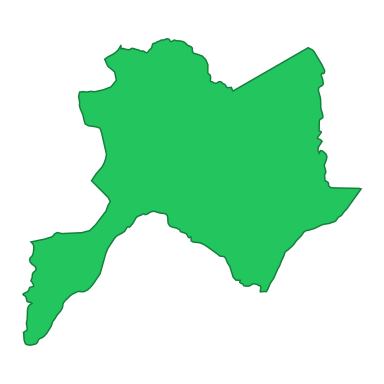 outline of Cuvette
{"feature_id": "COG-3342", "entity_name": "Cuvette", "entity_type": "Region", "adm_level": 1, "iso_a3": "COG", "parent_name": "Republic of the Congo", "parent_adm1": "", "projection": "natural_earth1", "projection_center": [15.8, -0.78], "detail": "fine", "context": "isolated", "style": "filled", "palette": "green", "viewbox_px": 384, "rotation_deg": 0, "n_neighbors": 0, "source": "natural_earth", "source_scale": "10m", "svg_char_len": 5644}
<svg xmlns="http://www.w3.org/2000/svg" viewBox="0 0 384 384"><path d="M361.0,189.1L346.7,209.0L343.9,212.0L341.7,215.0L340.9,215.8L338.1,217.4L337.8,218.0L335.7,220.9L334.6,221.6L329.0,223.5L323.7,224.3L321.6,225.0L314.5,228.4L309.4,230.0L306.0,230.7L305.4,231.0L304.2,231.9L303.6,232.2L303.3,232.9L300.8,236.3L296.6,240.5L293.3,245.0L288.4,249.6L285.9,251.3L285.2,252.1L284.8,253.0L283.6,256.4L281.2,261.5L279.5,266.1L277.8,268.9L273.8,278.0L270.3,283.3L267.9,289.0L266.4,291.6L263.0,291.6L260.5,291.9L260.2,290.8L260.7,288.9L260.8,287.2L260.3,285.9L260.2,285.7L259.8,285.9L256.7,284.4L254.5,283.8L252.4,284.1L250.4,285.5L248.7,286.1L245.9,286.1L243.6,285.7L243.4,284.8L243.0,284.1L241.2,283.4L239.7,282.3L240.3,280.3L235.8,280.1L233.2,277.2L229.8,266.4L227.5,262.9L225.9,258.8L225.4,258.0L224.6,257.0L223.9,256.6L219.8,256.0L219.0,255.5L218.4,254.7L206.6,246.2L203.4,244.3L199.9,242.8L193.1,242.0L191.2,240.9L191.1,238.1L190.8,236.9L189.6,237.7L188.8,237.6L187.9,236.4L186.4,233.8L185.6,233.4L180.7,231.7L180.2,231.0L179.8,230.2L179.1,229.4L176.8,228.2L171.9,227.0L169.9,226.0L168.3,223.7L167.9,220.9L167.8,218.0L167.3,215.5L165.8,214.0L164.0,213.5L159.9,213.0L154.1,211.3L152.1,211.5L150.4,212.1L147.3,214.0L145.6,214.6L145.0,214.6L143.9,213.9L143.5,213.8L142.7,214.1L141.3,215.0L137.6,216.4L135.9,218.0L132.9,223.3L131.3,225.3L129.6,227.0L129.1,227.2L128.0,226.8L127.5,226.9L126.7,227.9L125.4,230.2L124.6,231.3L122.3,233.0L117.0,235.7L114.8,237.9L107.8,248.5L105.7,253.8L100.1,273.7L92.8,284.6L88.8,288.9L87.2,290.1L84.3,291.5L83.0,291.8L78.8,291.5L78.0,291.6L77.1,291.8L71.9,294.5L70.5,295.5L65.3,300.5L63.9,302.3L63.0,303.8L62.7,306.7L62.4,307.6L61.0,310.4L60.2,311.5L57.3,314.8L56.4,316.2L55.1,318.5L53.0,321.2L52.5,322.2L51.3,325.8L50.9,326.7L46.7,333.4L44.3,336.0L42.7,337.3L40.9,338.2L39.8,338.6L39.0,339.2L38.4,340.0L37.6,342.0L37.3,342.5L36.8,343.0L36.1,343.7L35.3,344.1L31.3,345.0L30.5,345.1L29.6,345.1L27.9,344.9L26.4,344.4L25.5,343.8L24.8,342.2L24.1,339.8L23.7,333.2L23.4,332.4L23.7,332.3L26.5,330.5L27.3,328.8L26.4,323.5L26.5,322.4L27.2,319.2L27.5,309.5L28.2,306.8L29.5,305.1L32.0,303.4L31.1,302.6L28.9,302.2L27.1,301.5L25.8,296.5L23.7,295.2L23.0,294.3L24.0,293.3L26.2,292.4L27.2,291.8L28.2,291.0L28.9,289.7L29.3,288.3L30.0,287.3L33.5,286.5L33.4,284.6L32.2,282.4L30.9,280.8L32.2,277.3L32.4,274.3L32.8,273.2L34.0,271.8L35.3,270.8L36.1,269.4L35.5,266.8L31.8,264.0L30.2,262.1L29.6,259.7L29.9,258.4L30.6,257.5L31.5,256.7L32.2,255.7L32.8,254.4L33.2,253.2L33.6,250.5L33.8,246.6L33.6,245.5L32.8,243.9L31.0,241.9L44.7,239.1L52.3,236.7L54.8,233.8L57.4,232.5L61.8,233.6L81.7,232.7L89.7,230.6L95.5,224.9L106.0,211.1L107.9,205.7L110.2,201.6L108.2,197.5L91.5,180.7L96.1,173.9L102.1,166.9L104.2,162.9L105.7,158.6L106.5,154.3L101.5,132.4L100.0,128.2L96.4,126.9L88.6,125.8L85.2,123.9L84.0,119.9L83.0,115.2L80.1,108.2L79.4,105.4L79.6,103.4L79.5,101.4L78.6,96.7L79.6,92.1L83.1,91.6L86.8,92.1L91.0,91.3L93.0,91.6L95.0,91.7L103.1,89.9L111.0,86.9L116.3,80.3L114.7,72.0L107.8,66.2L104.7,59.2L108.4,56.6L112.5,54.5L115.6,52.5L118.3,49.8L120.8,45.6L121.0,45.8L121.1,46.2L121.1,46.6L120.9,47.7L120.9,48.3L121.1,48.8L121.6,48.9L122.5,48.5L122.9,48.4L126.2,49.4L128.2,49.7L128.9,49.7L129.6,49.6L130.5,49.1L131.1,48.7L131.7,48.4L132.5,48.3L133.8,48.6L135.4,49.2L136.1,49.4L137.3,49.6L138.6,50.0L139.1,50.2L139.6,50.4L140.0,50.8L140.4,51.0L141.0,51.1L141.6,51.1L142.6,50.9L143.7,51.2L144.4,51.6L145.4,52.4L145.9,52.6L146.5,52.7L147.2,52.6L147.8,52.2L149.3,50.1L149.6,49.7L150.9,48.7L151.3,48.3L151.5,47.8L151.8,47.2L152.3,45.2L152.7,44.1L152.9,43.9L153.1,43.6L153.3,43.5L153.7,43.4L154.1,43.2L155.4,43.0L156.0,42.8L156.2,42.6L156.8,42.0L157.3,41.7L157.9,41.5L158.8,41.3L159.5,41.1L160.0,40.8L160.9,40.2L161.3,40.1L164.5,39.8L164.7,39.7L165.5,39.2L165.9,39.1L166.4,38.9L167.6,38.9L168.5,39.0L169.2,39.4L169.6,40.0L169.8,40.7L170.1,41.2L170.6,41.5L171.3,41.5L172.3,41.2L173.0,40.8L173.9,40.2L174.3,40.1L174.8,40.2L177.4,40.9L180.0,40.9L183.5,41.7L184.2,42.1L184.5,42.5L185.0,42.8L185.4,43.1L185.9,43.4L186.6,44.3L187.0,44.7L187.9,45.3L188.4,45.6L190.5,46.5L191.5,47.1L191.8,47.5L192.2,47.9L192.4,48.6L192.4,50.9L192.5,51.6L192.8,52.1L193.1,52.6L193.5,53.0L193.9,53.3L194.6,53.6L197.2,54.2L201.6,55.8L202.1,56.0L202.5,56.3L204.0,58.0L205.3,59.1L205.9,60.0L207.8,64.5L207.9,65.1L207.8,71.9L207.8,72.3L207.9,72.8L208.2,73.4L208.5,73.8L208.8,74.1L209.6,74.6L209.9,74.9L210.2,75.3L210.4,75.9L210.6,77.1L210.6,78.1L210.4,80.9L210.5,81.2L210.9,81.6L211.8,81.7L212.5,82.0L214.5,83.1L215.1,83.3L215.8,83.3L216.7,83.1L218.7,81.9L219.3,81.7L219.9,81.6L220.9,81.8L221.5,82.1L222.3,83.0L222.7,83.3L223.2,83.7L224.7,84.4L225.1,84.8L225.5,85.2L226.3,86.7L226.7,87.2L227.0,87.5L227.7,87.7L230.9,87.4L231.4,87.4L231.5,87.6L231.6,87.9L231.8,88.4L231.9,89.0L232.1,89.6L232.4,90.2L232.7,90.6L233.0,91.0L308.2,47.7L312.7,50.1L314.3,52.0L321.8,64.5L324.5,70.3L324.7,70.8L324.5,71.8L324.2,73.1L323.4,73.6L322.6,73.4L321.9,73.4L321.3,74.8L321.4,75.9L322.5,78.7L323.0,81.7L323.3,82.8L323.3,83.9L322.4,85.3L321.3,86.1L320.1,86.7L319.0,87.5L318.4,89.1L318.6,91.4L320.2,97.1L320.6,99.6L320.8,107.8L321.3,110.1L322.7,114.7L322.9,117.4L321.7,118.6L320.0,119.3L319.3,121.0L319.1,130.5L319.5,131.2L321.1,131.6L321.1,132.7L317.3,137.8L318.1,138.8L320.2,139.5L322.1,141.3L318.5,147.0L317.8,150.3L319.1,153.2L320.3,150.6L322.3,150.9L324.4,152.6L326.1,154.3L326.9,156.7L326.5,159.3L324.4,164.9L324.3,165.7L325.7,170.9L325.8,172.4L324.6,174.8L324.6,176.2L325.1,180.7L325.5,181.1L326.2,181.1L327.1,181.7L327.8,182.4L328.3,182.7L328.5,183.4L328.6,185.7L329.8,187.0L330.9,187.5L332.8,187.9L359.4,188.4L360.5,188.8L360.9,189.1L361.0,189.1Z" fill="#22c55e" stroke="#15803d" stroke-width="1.5"/></svg>